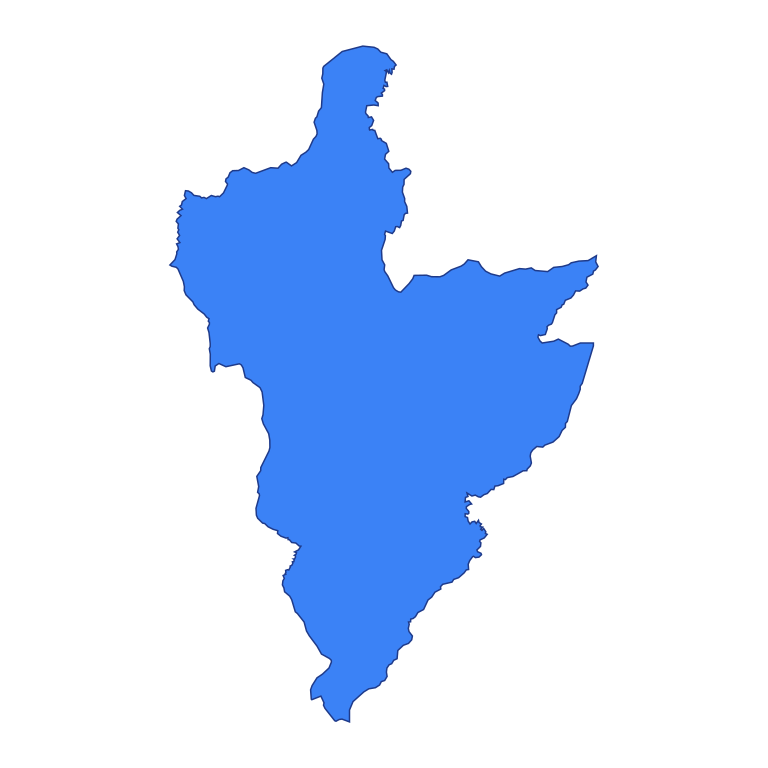 Villa Caro, Norte de Santander, Colombia
{"feature_id": "7082276B29990655239758", "entity_name": "Villa Caro", "entity_type": "district", "adm_level": 2, "iso_a3": "COL", "parent_name": "Colombia", "parent_adm1": "Norte de Santander", "projection": "orthographic", "projection_center": [-72.976, 7.933], "detail": "fine", "context": "isolated", "style": "filled", "palette": "blue", "viewbox_px": 768, "rotation_deg": 0, "n_neighbors": 0, "source": "geoboundaries", "source_scale": "gbopen_adm2", "svg_char_len": 6091}
<svg xmlns="http://www.w3.org/2000/svg" viewBox="0 0 768 768"><path d="M256.4,515.2L257.7,518.3L262.6,523.1L264.7,523.5L268.1,526.8L273.1,529.3L277.8,530.7L277.5,533.5L280.9,536.2L286.0,538.1L287.9,537.7L288.1,539.6L289.4,539.7L291.7,542.5L295.8,543.0L299.2,546.0L300.9,546.2L298.5,549.9L294.6,551.9L296.5,552.7L296.2,554.0L294.4,555.3L295.4,555.7L295.5,557.1L294.6,558.9L293.5,559.0L294.2,559.5L293.8,561.7L292.4,561.8L292.8,563.4L291.8,565.3L290.1,566.1L290.3,567.1L288.8,570.0L287.5,569.7L285.6,570.4L285.9,572.6L285.2,573.4L285.8,574.2L283.1,575.5L284.3,578.4L282.9,580.8L282.4,584.9L283.9,587.9L284.6,591.8L289.7,596.1L291.7,599.7L295.3,611.8L297.4,613.5L304.1,622.0L306.5,631.0L309.3,635.8L317.0,646.1L321.5,654.1L329.5,658.5L331.3,660.3L331.4,662.1L329.0,668.0L322.5,674.1L317.0,677.8L312.1,685.6L310.6,689.8L311.3,699.2L311.8,699.7L320.9,696.1L324.0,702.8L323.5,705.2L325.0,708.4L334.7,720.7L336.0,721.2L339.2,719.5L342.0,719.1L349.5,721.9L349.5,710.0L353.0,701.6L363.8,691.9L368.8,688.8L375.4,687.7L379.6,685.0L381.3,681.6L384.7,680.5L387.1,676.4L386.4,672.1L386.9,668.1L389.1,664.8L391.7,663.7L393.7,660.3L397.1,658.7L397.8,650.5L403.3,645.3L408.5,643.4L411.7,639.8L412.4,636.0L409.0,631.6L408.3,628.4L409.2,624.3L408.5,622.0L410.6,621.8L410.7,619.1L413.1,618.5L415.4,616.7L417.9,612.5L423.6,609.5L428.0,600.0L431.7,597.1L434.9,592.2L440.8,589.0L440.5,586.7L442.7,584.3L452.0,582.1L453.7,579.4L458.6,577.7L464.1,572.9L466.3,569.9L468.6,569.5L468.2,564.2L469.7,560.6L472.6,556.7L473.6,556.3L475.4,557.6L479.0,557.1L481.5,554.7L481.0,553.3L477.6,551.7L476.9,550.0L480.5,546.4L480.9,542.8L479.6,541.4L480.1,539.9L484.3,537.9L487.2,534.3L485.4,533.5L485.8,531.7L483.7,528.5L482.0,530.4L480.7,529.3L482.6,527.1L480.3,526.7L480.1,525.6L481.4,524.0L479.0,522.5L478.5,520.3L476.2,523.5L474.7,521.3L472.0,521.9L470.0,524.0L468.1,521.0L467.5,517.5L465.1,516.6L465.2,513.7L467.8,514.1L468.8,513.3L468.8,511.5L466.3,508.5L466.4,506.7L469.6,504.5L471.6,504.0L468.9,500.8L465.1,501.9L465.5,497.4L468.0,496.5L467.0,493.0L471.9,496.0L475.3,495.1L478.3,496.8L480.6,497.2L483.9,494.7L487.3,493.5L491.1,489.4L493.8,489.6L494.9,486.1L498.1,485.7L503.6,483.5L503.8,479.2L505.4,479.6L507.3,477.6L513.0,476.5L523.1,470.8L526.8,470.7L527.2,469.1L530.3,465.9L531.4,463.0L530.2,456.1L530.8,452.8L532.7,450.0L536.8,446.5L542.8,447.1L544.9,445.1L553.1,442.0L559.1,436.6L562.1,430.4L565.4,427.3L565.5,423.4L567.3,421.5L571.4,405.5L576.5,398.7L578.7,393.7L580.2,389.4L580.2,386.2L582.2,383.4L593.4,345.9L593.4,343.0L580.4,343.0L572.4,346.1L570.3,346.2L568.2,344.2L558.3,339.1L553.8,341.2L542.2,343.0L540.0,341.0L537.9,337.1L538.5,334.8L540.4,335.6L545.3,334.5L547.3,328.7L547.0,326.7L548.6,325.2L551.4,324.1L552.4,322.6L554.9,314.8L556.6,312.9L556.6,309.6L561.1,307.3L562.2,304.8L563.7,304.3L565.3,300.3L570.9,298.0L573.5,295.0L575.6,290.9L579.7,291.1L583.0,288.9L585.8,288.1L588.0,285.1L586.0,282.0L586.9,277.2L592.8,274.1L593.5,271.1L595.4,270.0L598.1,266.5L595.7,261.9L596.4,255.7L588.1,260.6L578.9,261.1L571.2,262.8L568.7,264.7L562.2,266.5L553.7,267.4L547.7,271.6L535.1,270.5L531.3,267.9L525.6,269.1L519.5,268.6L504.6,273.1L499.7,276.1L490.9,273.9L485.6,271.2L481.4,266.7L478.4,261.8L468.0,259.8L464.3,264.0L461.2,266.1L451.2,269.9L443.7,275.4L439.9,276.8L431.5,276.7L426.6,275.2L414.1,275.4L412.8,278.7L409.1,283.6L400.8,292.2L398.4,291.8L395.4,290.0L393.5,287.7L387.8,275.9L384.7,271.5L384.1,269.6L384.7,264.9L382.0,259.8L381.5,250.3L385.1,239.5L385.4,235.6L384.6,234.4L385.5,231.1L392.3,233.5L394.3,231.0L395.7,226.7L397.3,226.5L399.6,227.6L400.7,225.5L401.5,221.0L403.1,220.4L404.2,214.7L405.6,213.3L407.5,213.1L406.8,206.4L404.6,201.6L404.7,198.6L402.4,192.1L402.7,187.0L404.0,184.4L404.1,179.4L410.4,173.7L410.8,171.3L408.9,169.2L406.0,168.2L400.9,170.3L395.2,170.4L392.4,172.3L388.9,168.0L388.6,163.7L384.6,159.1L385.5,154.3L388.8,151.3L386.3,143.4L381.4,140.5L381.4,139.3L380.3,138.3L377.8,138.7L374.8,130.4L373.2,130.3L372.7,129.4L369.6,130.0L369.4,129.5L369.3,127.5L371.7,125.6L373.6,120.4L371.5,116.9L368.3,117.5L368.1,116.0L365.9,113.6L365.5,112.1L366.8,105.7L373.8,105.0L378.2,105.7L378.1,103.0L375.2,100.5L376.3,97.5L377.7,96.6L382.4,96.1L382.5,94.8L381.3,93.1L384.6,90.6L384.5,89.1L383.1,88.4L384.0,85.4L386.1,86.6L387.7,86.4L386.9,82.2L385.4,82.3L384.8,80.3L386.3,72.8L386.2,71.3L385.1,70.6L386.8,69.8L388.4,72.8L389.3,70.4L389.9,73.1L391.5,74.2L392.1,72.4L391.9,68.9L394.0,69.2L394.5,66.4L396.1,65.0L393.3,61.3L390.9,59.6L386.8,53.8L380.8,52.2L377.8,49.0L374.1,47.3L362.8,46.1L342.2,51.5L323.7,66.4L322.9,68.1L322.8,73.8L321.8,78.2L323.8,84.1L322.4,92.5L321.4,107.6L318.6,111.1L316.9,116.8L315.4,118.3L314.1,122.2L316.9,130.5L317.1,133.9L316.0,136.4L313.4,139.2L308.7,149.5L305.9,152.2L301.0,155.3L296.6,162.6L291.5,165.9L286.4,162.2L285.6,162.3L281.6,164.2L278.0,168.2L270.7,167.7L255.6,173.3L252.1,172.4L248.9,169.9L243.9,167.7L238.5,170.5L232.7,170.7L230.0,172.7L228.2,177.1L226.0,178.9L225.5,181.5L227.5,184.0L227.3,185.1L223.5,192.9L219.6,196.7L218.0,196.2L215.5,196.7L211.3,195.5L206.4,198.6L204.0,197.4L201.6,197.9L199.8,196.3L193.9,195.4L191.5,192.8L188.4,191.0L185.5,190.7L184.4,195.5L186.1,198.6L182.3,201.5L181.5,205.0L179.7,206.3L182.5,209.2L179.8,210.3L177.4,212.5L181.0,215.6L177.1,219.1L176.2,221.4L178.4,223.9L177.9,228.2L178.8,229.8L177.7,232.2L179.6,235.4L177.1,238.8L179.9,242.6L176.6,243.9L178.0,246.7L178.4,249.3L176.7,251.9L176.8,253.9L175.0,259.6L169.9,265.0L171.8,266.2L176.3,267.3L178.0,269.0L183.3,281.3L184.4,286.7L184.2,290.6L186.0,294.9L192.9,301.9L194.1,304.7L197.8,309.1L204.2,314.0L206.7,317.2L209.0,318.7L208.3,321.2L209.4,322.5L209.4,324.2L207.6,328.0L209.0,332.6L210.2,343.4L210.2,346.6L209.3,348.7L210.3,354.1L210.2,365.8L211.4,371.0L212.9,371.9L214.4,371.2L215.2,366.0L218.9,363.5L225.9,366.7L239.4,363.8L241.3,364.9L243.0,367.8L245.3,377.5L250.9,380.2L253.0,382.6L260.0,387.6L262.1,391.9L263.8,405.4L263.0,414.8L261.8,418.7L263.4,423.9L268.7,433.7L269.8,440.2L269.9,447.5L269.0,451.0L260.8,467.5L260.7,470.7L256.8,476.4L258.7,486.6L257.6,492.3L259.2,493.8L259.5,495.6L256.0,508.3L256.4,515.2Z" fill="#3b82f6" stroke="#1e3a8a" stroke-width="1.5"/></svg>